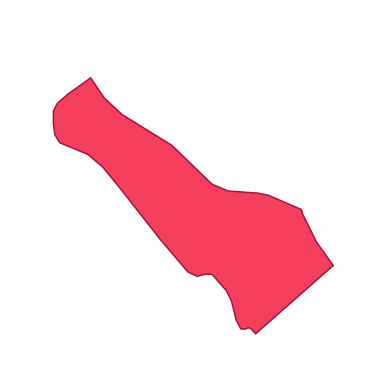 the Department of Ouémé, rotated 324°
{"feature_id": "BEN-2177", "entity_name": "Ouémé", "entity_type": "Department", "adm_level": 1, "iso_a3": "BEN", "parent_name": "Benin", "parent_adm1": "", "projection": "albers", "projection_center": [2.527, 6.671], "detail": "fine", "context": "isolated", "style": "filled", "palette": "rose", "viewbox_px": 384, "rotation_deg": 324, "n_neighbors": 0, "source": "natural_earth", "source_scale": "10m", "svg_char_len": 654}
<svg xmlns="http://www.w3.org/2000/svg" viewBox="0 0 384 384"><g transform="rotate(324 192 192)"><path d="M266.9,284.7L263.3,305.7L263.1,334.5L262.9,334.5L160.2,344.1L159.1,336.1L156.8,334.6L154.5,334.3L151.0,331.3L152.5,321.5L159.9,303.3L161.8,291.8L159.8,270.3L154.3,266.4L152.2,265.3L149.5,264.2L146.9,263.6L141.7,254.4L138.4,211.5L137.9,197.4L136.0,146.8L134.5,119.7L129.9,100.5L113.9,74.3L114.7,64.8L119.8,55.6L127.4,45.2L135.0,41.2L148.1,39.9L177.1,40.1L176.3,64.1L180.8,87.9L203.1,142.4L212.8,197.6L221.8,212.4L244.6,231.6L251.7,239.3L270.0,270.2L270.1,270.4L268.5,275.0L266.9,284.7Z" fill="#f43f5e" stroke="#9f1239" stroke-width="1.5"/></g></svg>